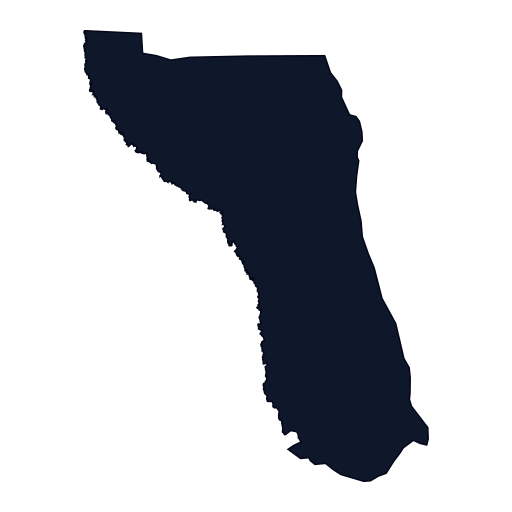 outline of Gamboula, Mambéré-Kadéï, Central African Republic
{"feature_id": "33826404B15620845480465", "entity_name": "Gamboula", "entity_type": "district", "adm_level": 2, "iso_a3": "CAF", "parent_name": "Central African Republic", "parent_adm1": "Mambéré-Kadéï", "projection": "equal_earth", "projection_center": [14.923, 4.351], "detail": "fine", "context": "isolated", "style": "filled", "palette": "ink", "viewbox_px": 512, "rotation_deg": 0, "n_neighbors": 0, "source": "geoboundaries", "source_scale": "gbopen_adm2", "svg_char_len": 5942}
<svg xmlns="http://www.w3.org/2000/svg" viewBox="0 0 512 512"><path d="M403.3,447.8L413.4,440.3L420.1,443.4L426.7,445.0L428.2,439.1L427.8,427.6L411.5,406.3L409.4,399.4L410.0,393.8L410.2,377.7L409.2,367.7L403.9,358.5L395.7,323.5L382.0,298.4L374.1,267.7L368.2,253.6L362.3,236.7L361.0,220.9L357.5,205.0L355.4,192.0L356.6,175.9L358.7,160.8L357.1,157.0L357.3,151.1L362.3,140.8L361.9,131.9L359.4,121.4L356.0,116.6L349.5,114.8L341.4,97.1L341.6,90.2L337.2,81.3L330.4,72.6L324.7,55.7L246.7,56.1L190.0,57.3L170.8,60.1L156.5,55.7L142.6,53.3L141.4,33.4L84.6,30.7L84.5,31.6L83.9,32.0L84.4,33.6L85.1,33.3L85.3,33.7L85.0,34.6L85.4,36.9L86.2,37.8L85.4,38.1L85.7,39.1L86.4,39.2L86.3,40.3L85.6,40.8L86.3,41.7L85.4,43.9L84.9,43.7L85.3,44.7L84.6,45.1L84.3,46.0L83.9,45.5L83.8,46.0L84.4,49.0L84.9,48.5L85.6,48.8L84.5,50.8L85.5,53.5L85.0,54.7L85.5,56.8L85.2,57.5L85.9,57.5L86.2,58.3L85.7,61.5L86.5,62.0L86.1,63.0L85.3,63.4L84.9,65.4L85.2,65.7L85.3,67.3L84.7,68.6L85.4,72.0L86.1,72.4L86.7,73.8L86.9,73.1L87.9,73.5L88.1,75.1L88.7,75.5L88.6,76.4L89.0,76.3L88.7,78.2L89.1,78.2L89.1,77.3L89.5,77.6L89.5,78.5L90.2,78.5L90.7,80.2L90.2,81.8L90.6,82.0L90.1,82.8L90.8,83.4L89.9,83.9L90.5,85.2L91.3,85.0L90.6,85.9L91.0,86.8L90.5,87.6L90.6,88.3L90.2,88.2L90.2,89.8L89.7,89.8L89.6,90.6L90.2,91.5L93.6,91.1L93.6,92.1L93.0,92.8L93.2,93.8L92.8,94.5L94.0,94.4L94.3,96.0L95.1,94.8L95.5,95.4L95.1,96.0L95.6,96.5L95.6,97.2L96.2,96.7L97.1,97.5L96.6,99.2L97.5,100.1L97.1,101.4L97.5,102.6L98.5,103.4L98.7,104.5L100.7,106.0L100.5,109.0L102.0,109.5L103.1,108.5L105.3,109.3L106.2,108.7L107.0,109.3L105.7,111.6L106.2,113.6L107.0,113.4L106.5,112.2L107.5,112.6L107.9,114.0L109.2,115.1L109.9,115.0L110.5,117.5L111.7,118.7L111.8,120.8L113.1,121.5L114.0,121.0L113.7,122.3L115.4,123.4L116.5,126.1L115.8,128.2L116.4,129.2L117.5,129.8L118.3,129.3L119.1,132.9L119.9,132.1L120.4,133.5L121.2,132.5L121.5,132.6L121.6,134.3L122.3,134.4L122.7,135.3L122.5,134.1L123.0,133.4L123.1,135.2L124.6,137.9L124.2,140.0L124.5,140.7L125.6,140.4L125.7,141.6L127.0,143.5L126.5,144.5L127.6,144.6L128.3,146.5L129.0,146.1L129.2,145.2L130.0,145.2L130.2,144.1L131.3,143.9L131.4,143.4L132.4,144.7L133.6,144.4L133.8,146.3L135.2,145.7L136.6,147.0L136.9,148.1L136.0,150.1L135.2,150.7L136.0,151.9L137.0,152.3L138.4,152.7L139.4,151.8L140.2,152.6L142.1,151.3L141.9,153.1L144.0,153.7L145.6,153.4L146.8,152.2L146.9,156.3L147.7,158.0L147.0,158.8L147.4,161.1L147.8,161.2L147.6,160.5L148.2,159.4L148.6,161.3L149.0,161.6L149.6,161.1L150.2,162.4L150.8,162.4L151.4,163.4L152.4,163.0L156.3,164.0L156.4,166.0L156.9,167.1L156.5,168.1L157.1,169.4L158.5,171.6L159.8,172.0L161.6,173.7L160.1,175.5L160.0,176.7L160.9,176.2L161.7,176.5L162.1,178.0L164.4,181.4L166.5,181.1L167.9,182.3L168.0,181.8L170.1,181.5L171.4,182.0L172.1,183.8L173.4,182.8L175.3,184.9L177.2,186.0L178.4,185.9L178.6,186.7L180.5,187.2L182.8,190.4L185.9,191.2L186.5,192.0L186.7,193.3L188.4,194.0L190.3,193.8L189.5,194.6L189.6,195.4L189.1,196.9L189.7,198.1L189.5,199.7L189.9,200.6L192.4,199.7L194.2,201.8L196.0,202.0L196.0,200.6L197.4,199.8L199.8,200.5L201.5,200.0L205.4,203.1L206.5,203.3L207.1,202.0L207.6,202.1L207.4,203.4L209.2,206.3L208.1,208.3L208.4,208.8L211.8,208.9L213.2,208.4L214.0,210.2L216.2,210.1L217.2,211.2L219.2,210.8L220.5,209.7L221.7,211.1L221.5,212.1L220.5,212.0L220.1,212.5L221.1,213.8L222.4,212.8L222.2,215.1L223.4,215.8L222.0,217.5L222.6,219.5L222.2,221.2L223.2,223.1L222.7,224.2L224.0,223.7L224.1,225.0L225.1,226.4L222.8,228.9L223.7,230.1L223.6,231.8L225.5,232.7L226.5,234.1L226.3,236.8L228.0,239.2L227.7,240.8L228.0,243.1L229.1,244.0L228.9,245.2L229.9,245.9L230.4,245.2L231.2,245.7L232.0,245.2L231.5,242.5L231.9,242.1L232.7,242.6L233.2,241.1L233.7,240.8L234.6,242.4L234.9,243.9L236.1,244.3L236.1,245.8L237.0,246.7L237.4,248.4L236.5,249.0L236.1,250.6L235.1,250.6L234.7,251.5L236.0,252.2L236.7,254.9L237.7,256.2L238.4,256.0L238.7,255.4L239.1,255.7L239.2,256.5L239.9,257.2L239.4,258.1L239.6,259.1L240.9,259.5L241.9,258.9L241.6,260.2L242.4,262.3L243.8,262.0L242.7,263.6L244.2,265.0L244.3,267.3L245.4,269.2L244.9,270.5L245.7,271.0L246.6,269.9L247.1,270.7L246.3,271.6L246.4,272.6L248.3,272.2L247.4,274.0L248.8,273.7L250.1,279.2L250.5,279.3L250.8,278.5L251.8,279.5L252.4,278.1L253.6,278.1L253.7,278.7L252.7,280.4L254.0,281.3L254.3,283.2L255.5,282.9L255.4,285.4L255.9,286.3L257.6,287.4L257.4,291.3L258.5,292.1L258.6,293.7L259.4,294.0L258.8,295.1L259.1,296.3L258.0,296.3L257.8,296.9L259.4,299.3L258.4,301.0L259.5,304.4L259.4,304.8L258.7,304.3L258.1,304.6L258.2,306.3L256.9,307.6L257.5,308.2L258.2,307.6L258.5,308.6L258.9,308.4L259.3,310.1L261.3,310.2L261.7,310.8L260.7,311.8L260.8,313.5L260.1,314.7L260.1,316.5L259.3,316.7L259.3,318.3L260.1,319.5L260.2,321.6L261.0,322.6L259.8,324.2L258.2,324.0L257.9,324.7L258.7,327.4L258.5,329.0L261.4,330.1L261.4,332.3L260.4,333.2L260.3,334.1L261.7,334.5L261.6,335.6L263.3,336.7L263.6,338.3L264.4,339.2L263.6,341.0L262.7,341.1L261.9,341.9L261.6,343.2L260.9,344.2L261.1,346.1L262.2,346.8L261.8,348.3L262.5,349.4L262.0,350.9L263.9,351.3L263.3,352.5L264.1,353.8L263.2,354.5L263.2,355.5L262.4,357.3L263.1,358.4L262.6,359.3L263.3,361.3L263.3,363.9L264.9,363.7L266.5,362.8L267.4,364.6L265.2,367.0L266.3,372.6L265.5,376.0L266.6,377.6L266.7,378.8L267.3,379.5L266.4,380.2L266.2,381.4L265.4,381.4L265.2,383.2L263.7,383.5L263.3,384.3L263.4,386.3L264.0,387.2L263.4,389.2L263.9,389.5L264.4,392.3L265.0,393.7L267.1,395.6L266.7,398.5L266.9,399.9L267.6,401.4L271.7,401.5L272.6,402.1L273.1,404.3L272.9,406.6L274.4,407.9L276.4,407.5L279.0,410.8L279.1,412.1L278.6,415.0L278.8,418.3L279.6,419.9L280.7,420.1L281.4,420.8L281.9,422.0L281.8,423.4L282.8,428.0L282.5,432.1L283.6,432.9L284.1,434.0L284.7,434.7L285.5,434.5L290.7,430.6L295.9,431.5L297.0,432.2L298.2,434.6L298.4,438.2L299.2,438.7L301.0,442.0L293.6,445.5L288.0,449.3L300.6,458.5L308.8,457.7L310.3,460.6L314.9,464.4L325.5,463.4L333.8,470.0L341.1,474.6L363.8,481.3L370.5,480.8L378.1,476.2L386.1,473.3L393.7,461.3L399.9,453.1L403.3,447.8Z" fill="#0f172a" stroke="#020617" stroke-width="1.5"/></svg>